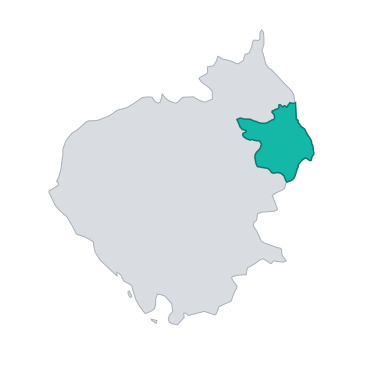 Cambodia, with Môndól Kiri highlighted, rotated 337°
{"feature_id": "KHM-1794", "entity_name": "Môndól Kiri", "entity_type": "Province", "adm_level": 1, "iso_a3": "KHM", "parent_name": "Cambodia", "parent_adm1": "", "projection": "robinson", "projection_center": [106.924, 12.744], "detail": "fine", "context": "in_parent", "style": "filled", "palette": "teal", "viewbox_px": 384, "rotation_deg": 337, "n_neighbors": 0, "source": "natural_earth", "source_scale": "10m", "svg_char_len": 5891}
<svg xmlns="http://www.w3.org/2000/svg" viewBox="0 0 384 384"><g transform="rotate(337 192 192)"><path d="M319.4,69.9L320.2,73.0L318.1,78.9L315.8,84.3L311.7,89.0L311.5,92.5L310.0,102.8L310.6,106.1L311.6,108.9L312.9,110.4L316.6,120.5L319.9,129.6L323.1,137.2L323.7,142.0L320.7,154.0L317.2,165.1L317.5,170.7L319.0,176.2L320.6,183.6L321.2,193.0L320.4,199.2L318.8,203.0L315.8,206.9L313.2,208.9L310.0,205.6L307.5,205.5L304.1,206.5L301.5,208.0L296.1,213.7L290.1,219.3L281.8,220.8L278.6,224.9L275.1,225.5L268.6,225.7L264.3,226.7L264.5,228.8L264.1,238.6L264.2,240.9L263.5,241.6L260.6,241.9L255.5,240.3L248.7,237.9L243.9,237.5L241.4,241.8L239.9,243.5L238.1,243.8L236.2,244.5L235.5,246.4L235.4,248.8L236.3,252.9L236.6,259.5L236.4,263.9L238.2,266.7L248.5,276.2L251.6,278.5L252.0,279.9L250.1,285.1L251.8,292.3L248.5,292.2L243.1,289.1L240.5,287.2L237.3,288.7L236.2,288.4L234.1,284.9L231.3,281.2L228.5,281.0L222.4,282.4L216.2,283.4L213.9,283.4L212.9,284.1L209.3,289.5L207.8,288.5L201.6,286.5L195.9,285.7L194.7,287.1L195.4,291.5L196.6,295.8L195.9,297.6L192.8,299.9L188.6,304.0L186.1,307.1L184.3,307.9L178.0,307.8L171.8,308.2L169.2,311.2L166.9,313.5L164.9,314.1L156.7,306.7L140.4,304.2L138.7,300.9L137.1,300.3L135.6,304.5L126.6,308.6L122.9,306.1L120.2,303.1L120.6,299.5L123.2,296.5L127.6,294.4L129.7,286.9L126.4,277.3L123.4,274.5L120.3,272.3L117.0,275.9L114.2,282.0L111.3,285.1L107.2,285.8L101.3,285.6L99.0,276.4L98.3,268.6L99.1,259.7L100.0,254.4L94.3,247.2L94.0,240.2L91.3,236.6L90.4,238.5L90.5,240.4L89.7,239.0L80.7,218.6L79.3,209.2L80.8,201.9L81.8,199.5L79.2,195.7L75.5,191.3L69.1,185.6L68.6,176.6L67.2,166.0L65.3,162.4L62.4,155.9L60.8,150.5L60.3,136.1L61.1,135.0L65.7,134.6L71.6,133.5L72.6,131.2L71.5,129.3L75.3,126.1L80.8,119.0L85.0,111.5L88.0,106.8L89.8,102.2L95.9,95.6L104.3,91.0L110.0,90.0L115.9,88.4L121.6,86.2L124.3,86.0L131.3,88.7L135.1,89.4L139.1,89.3L143.3,89.6L146.9,89.3L155.5,87.5L164.7,88.9L172.8,87.8L183.0,85.6L187.9,87.0L192.4,89.1L193.1,93.5L194.1,95.5L195.6,97.0L197.6,97.0L200.2,94.0L202.4,90.8L203.1,90.3L203.2,91.8L204.2,95.2L206.2,98.6L208.1,100.8L211.4,103.7L213.5,103.9L220.4,101.1L230.8,105.1L232.0,107.2L235.3,111.3L239.0,114.3L247.0,114.5L249.9,107.2L248.5,102.7L243.9,95.0L242.7,90.5L244.2,89.6L252.0,88.8L253.2,87.9L255.0,82.9L257.1,83.4L261.4,84.1L266.0,80.7L268.7,77.1L270.2,78.7L271.8,81.2L273.6,82.7L276.9,84.9L280.5,87.9L282.7,90.9L284.6,92.1L289.2,91.2L290.4,91.3L293.1,87.7L295.0,85.8L296.6,86.3L299.0,86.3L303.8,81.6L306.6,77.4L308.1,76.3L312.4,78.4L314.2,77.9L316.7,72.1L319.4,69.9ZM96.0,264.4L95.1,265.0L94.2,265.0L93.4,264.1L93.5,260.8L94.1,258.8L95.6,258.5L96.0,264.4ZM109.5,296.7L107.6,298.9L104.7,294.3L104.8,293.1L109.5,296.7Z" fill="#d9dde1" stroke="#a8b0b8" stroke-width="1"/><path d="M320.5,183.0L321.7,189.3L321.8,191.1L321.6,192.8L321.4,193.6L321.1,194.2L321.0,194.8L321.3,195.5L321.3,196.9L319.8,201.5L319.6,202.9L319.2,204.2L318.5,205.2L317.2,205.8L316.0,206.7L314.3,209.3L313.1,209.4L312.2,208.4L310.7,205.8L309.5,205.0L307.3,205.2L304.9,206.1L304.1,206.4L301.1,208.0L299.7,209.7L299.3,210.5L298.7,211.2L297.4,212.2L295.8,214.4L292.4,218.2L291.2,219.1L289.4,219.9L287.5,220.2L283.7,219.9L283.1,219.9L283.0,219.6L282.8,217.1L283.0,213.3L282.9,212.8L282.2,211.5L282.0,210.9L281.6,210.2L281.2,209.8L280.9,209.5L280.4,208.8L280.2,208.7L279.5,208.3L279.0,207.9L278.3,207.5L276.2,206.9L275.0,206.7L274.2,206.4L273.4,205.8L273.2,205.6L273.0,205.4L272.8,204.9L272.2,202.4L271.6,201.0L271.4,200.6L271.2,200.3L270.0,199.1L269.8,199.0L269.7,198.9L269.0,198.6L268.7,198.5L268.4,198.3L268.1,198.0L267.0,197.3L266.4,197.0L264.0,195.3L262.6,194.5L262.3,194.3L262.2,194.1L262.1,193.9L262.1,193.7L262.1,192.4L262.0,191.5L262.2,190.1L263.4,184.7L264.6,182.6L265.3,181.8L267.3,180.4L268.5,180.1L269.4,179.5L270.5,179.1L271.9,178.4L272.2,178.2L272.5,177.7L273.1,176.7L273.5,176.3L273.8,176.0L274.1,175.9L274.4,175.7L274.5,175.5L274.6,174.8L274.3,172.7L274.3,172.0L274.2,171.6L274.0,171.4L273.9,171.2L273.5,171.0L271.7,170.2L268.7,168.1L268.1,167.3L267.9,167.2L267.4,167.0L267.2,167.0L266.3,167.0L266.1,167.0L266.0,166.9L265.5,166.7L265.0,166.3L264.7,166.0L264.3,165.4L264.2,165.2L263.4,164.7L263.2,164.5L263.0,164.3L261.5,161.9L261.3,161.7L261.2,161.5L261.1,161.1L261.0,159.6L261.0,159.3L261.1,159.1L261.3,158.7L261.7,158.2L262.0,157.9L265.1,157.9L265.3,157.8L265.4,157.7L265.5,157.6L265.6,157.4L265.6,157.1L265.6,156.8L265.5,156.6L265.4,156.4L265.3,156.2L265.1,155.9L264.6,155.4L263.1,154.5L262.6,153.8L261.9,151.6L261.6,150.4L261.6,150.2L261.8,149.1L261.7,142.8L264.5,142.7L265.6,142.9L268.7,145.4L269.6,145.8L270.2,146.1L270.8,146.2L274.0,147.8L276.5,150.5L276.8,150.8L278.7,152.2L280.5,154.2L282.9,156.0L286.1,157.3L286.9,157.5L289.0,157.5L289.8,157.5L291.3,157.2L291.9,157.2L292.1,157.2L292.4,157.2L293.7,156.9L294.4,156.9L294.6,157.0L294.9,157.2L295.0,157.3L295.4,157.3L295.8,157.1L296.8,156.1L297.1,155.9L297.2,155.7L297.4,154.4L297.4,154.2L297.6,153.9L297.7,153.7L297.8,153.2L297.7,152.7L297.5,151.8L297.4,151.6L297.2,151.3L297.1,151.0L296.9,150.7L296.8,150.3L296.8,150.1L296.8,149.9L296.9,149.7L297.0,149.5L297.6,148.7L297.9,148.7L298.5,148.7L298.9,149.2L300.6,148.5L303.6,148.9L305.1,148.0L305.5,147.2L305.7,146.3L306.2,145.8L307.1,146.0L307.6,146.7L308.3,148.5L308.8,149.2L309.3,148.9L309.9,148.8L311.0,148.8L311.3,149.0L311.8,150.1L312.0,150.4L312.0,150.7L312.5,151.0L313.4,150.5L313.7,150.3L314.0,150.0L314.3,149.6L314.5,149.4L314.8,149.2L315.4,149.0L315.7,148.9L316.3,148.7L316.5,148.5L316.6,148.4L316.8,148.1L317.1,148.0L317.3,148.2L317.8,148.7L318.2,149.0L318.4,149.2L318.6,149.4L318.8,149.5L319.5,149.8L319.9,150.0L321.3,150.2L321.7,150.3L322.2,150.2L321.5,152.0L316.5,165.6L316.6,166.4L317.4,167.1L317.5,167.5L317.5,167.9L317.4,168.2L317.2,168.4L316.9,169.0L316.8,169.6L316.9,170.2L317.4,171.6L317.6,173.4L317.8,174.2L318.2,174.9L319.6,176.7L320.3,178.3L320.4,179.8L320.4,181.3L320.5,183.0Z" fill="#14b8a6" stroke="#0f766e" stroke-width="1.5"/></g></svg>